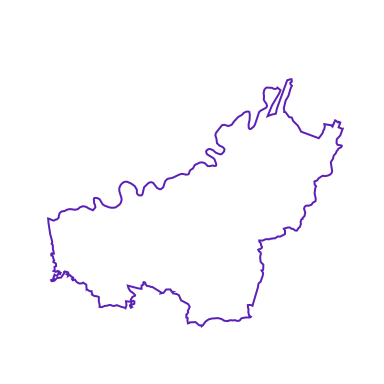 Balteni, Gorj, Romania (orthographic projection), rotated 107°
{"feature_id": "2599482B88811296912065", "entity_name": "Balteni", "entity_type": "district", "adm_level": 2, "iso_a3": "ROU", "parent_name": "Romania", "parent_adm1": "Gorj", "projection": "orthographic", "projection_center": [23.271, 44.874], "detail": "fine", "context": "isolated", "style": "outline", "palette": "violet", "viewbox_px": 384, "rotation_deg": 107, "n_neighbors": 0, "source": "geoboundaries", "source_scale": "gbopen_adm2", "svg_char_len": 6011}
<svg xmlns="http://www.w3.org/2000/svg" viewBox="0 0 384 384"><g transform="rotate(107 192 192)"><path d="M259.4,321.8L263.5,320.2L274.1,315.1L279.4,311.7L281.2,310.9L282.6,311.1L283.3,309.7L287.0,308.4L290.9,306.2L291.4,306.1L291.7,308.2L292.3,308.5L293.1,308.3L293.6,308.0L293.1,307.3L293.9,306.9L294.1,306.3L296.1,305.2L297.7,303.8L298.8,304.3L299.5,304.1L300.0,301.6L300.8,300.9L302.6,300.3L303.7,301.6L306.8,300.5L308.0,301.3L308.2,298.9L306.9,297.6L307.1,297.3L306.8,296.9L306.8,296.2L307.6,296.4L308.0,295.9L308.1,295.0L307.5,294.6L307.6,294.0L309.0,294.1L309.1,295.7L309.3,296.0L311.5,296.3L311.5,297.9L311.8,298.5L311.4,299.3L314.2,299.5L315.2,298.5L316.3,299.8L316.9,299.9L317.5,301.0L318.0,300.6L318.3,299.9L317.1,297.7L313.7,295.9L312.1,292.2L306.9,290.5L306.1,290.9L305.9,290.3L305.2,290.3L305.0,287.3L305.5,286.7L306.1,286.6L307.3,287.8L307.7,286.3L307.4,285.8L308.3,285.8L307.5,285.2L307.3,284.0L308.0,283.3L308.6,280.6L309.1,280.4L310.3,281.3L310.5,280.8L311.2,280.3L310.1,278.2L311.8,276.0L312.3,274.0L312.4,272.6L311.4,270.3L310.5,269.7L310.8,268.3L311.6,266.0L315.8,264.4L315.6,264.3L316.3,262.7L316.7,260.5L316.3,258.9L317.1,258.8L319.1,257.2L319.4,257.4L320.0,255.2L319.5,252.3L319.8,250.3L323.5,249.3L326.9,247.4L329.0,246.7L328.5,244.6L326.6,242.3L325.5,239.9L324.1,237.8L323.9,236.3L324.1,235.0L323.6,232.8L322.2,230.8L322.5,225.8L322.3,222.7L322.6,221.6L319.6,221.5L315.8,223.2L314.9,218.6L315.3,217.8L316.7,217.1L317.8,218.1L319.1,218.0L320.5,216.6L319.6,215.7L319.0,217.0L318.3,217.4L315.7,214.5L313.5,215.1L313.2,216.2L314.5,218.2L312.9,219.0L309.8,218.3L307.9,216.2L307.3,216.2L306.1,218.1L304.8,222.0L302.8,224.4L300.3,226.0L299.9,215.7L299.4,212.0L296.1,212.9L294.8,211.4L293.0,212.1L292.2,211.7L292.3,210.5L292.8,209.9L293.6,209.6L295.0,207.6L294.6,205.0L294.8,203.5L294.4,202.2L297.1,192.1L298.1,192.3L296.7,189.7L292.8,188.3L291.5,184.1L293.2,182.3L293.1,181.6L293.4,182.0L294.5,180.4L294.0,176.7L294.6,174.3L298.8,170.8L300.3,162.9L302.5,160.6L307.0,161.2L308.0,160.5L309.5,160.8L310.9,161.6L312.0,161.3L312.2,160.9L313.7,160.8L313.9,159.2L316.0,158.9L318.8,157.5L317.9,156.2L317.3,155.9L315.4,150.6L317.4,146.1L316.8,144.1L317.6,143.6L316.3,142.6L312.0,141.2L309.1,139.0L307.3,136.2L305.0,130.3L304.8,126.5L305.6,124.0L305.5,122.4L305.1,120.3L304.6,119.4L304.0,119.0L303.2,117.2L302.8,115.0L302.1,114.0L302.0,110.8L301.3,109.3L300.1,108.4L299.0,108.2L298.0,107.3L296.3,104.0L295.1,100.0L294.1,99.2L293.7,100.2L293.9,100.8L293.6,101.1L290.7,102.9L287.2,103.8L286.4,104.6L283.8,105.5L282.9,103.1L283.1,100.9L263.5,101.1L260.5,101.6L259.2,101.2L257.9,100.2L252.4,99.9L249.5,100.1L248.2,100.7L246.7,102.6L245.9,101.4L245.0,101.3L240.5,102.6L239.1,105.5L238.3,106.2L234.0,107.9L231.0,108.1L229.6,108.8L229.3,110.3L228.0,111.8L227.1,111.1L226.7,110.2L224.9,108.8L224.0,109.0L222.8,110.3L220.9,111.3L219.8,113.1L218.7,113.5L217.8,110.2L215.7,107.9L214.9,105.7L214.8,104.5L213.5,103.1L213.4,102.1L212.5,100.8L212.2,99.3L209.4,96.9L208.9,94.6L208.4,94.1L205.1,90.8L201.8,91.7L200.2,93.4L200.0,93.1L197.8,89.8L197.5,88.7L197.4,87.9L198.0,86.3L197.8,84.3L198.6,82.3L198.5,81.0L198.2,80.4L195.5,79.7L193.8,78.6L190.6,78.5L189.0,79.4L188.0,79.4L186.1,79.3L185.5,78.4L184.6,78.6L182.1,77.4L179.2,77.6L178.5,77.7L175.2,80.0L173.2,79.9L171.8,79.0L171.2,77.7L171.2,76.7L169.3,74.1L166.7,73.2L164.7,71.2L162.0,71.8L157.4,74.4L151.9,75.3L150.2,75.0L149.1,76.8L146.1,78.0L144.3,75.7L141.9,74.9L139.3,72.8L138.1,71.4L138.0,69.6L136.6,66.9L134.7,64.8L132.7,64.0L131.0,64.1L123.6,67.7L122.7,67.9L119.1,66.9L115.8,67.1L112.9,65.8L110.8,65.6L107.5,64.4L105.5,62.4L104.1,62.2L103.8,62.6L104.3,66.7L102.9,68.1L99.2,69.0L94.5,66.7L87.4,66.4L87.7,67.2L87.3,70.7L82.2,70.5L82.0,72.3L82.7,72.6L82.8,73.0L81.7,75.2L81.6,76.1L87.9,76.7L87.2,77.3L88.0,77.7L87.5,78.4L88.4,85.3L90.6,84.1L93.4,83.9L94.4,84.3L97.9,84.4L103.5,86.5L102.4,105.3L97.7,110.0L94.5,116.0L91.7,118.3L91.9,121.1L88.3,125.9L88.5,127.3L87.3,127.5L85.0,128.7L77.3,129.2L72.0,127.9L64.0,128.0L61.2,127.5L60.2,129.2L59.4,129.8L58.5,129.9L57.6,128.9L56.9,128.9L55.0,129.8L55.9,131.8L56.7,132.5L57.1,133.5L58.4,133.7L87.5,135.2L92.6,134.7L94.8,138.6L97.4,141.9L85.7,140.8L72.8,137.6L70.0,137.2L68.7,137.2L67.2,140.8L68.2,141.2L69.1,142.4L69.4,144.2L69.0,146.0L70.3,151.1L71.1,151.9L73.1,152.7L76.3,152.5L79.7,151.0L82.4,150.5L83.5,149.7L86.1,146.4L87.9,145.4L89.7,145.7L94.0,150.0L95.9,151.2L109.2,151.5L111.4,152.1L114.3,154.0L114.9,155.3L114.1,156.5L110.6,157.7L106.2,158.0L101.0,159.4L98.7,160.6L98.6,161.8L99.4,163.7L101.3,165.7L103.5,166.7L106.8,169.8L112.9,172.7L115.5,173.4L116.7,174.3L118.3,176.6L118.3,180.8L119.3,182.8L128.0,186.2L129.6,186.4L131.3,186.1L133.7,184.3L138.0,182.4L139.7,179.1L140.0,176.0L140.8,174.4L141.6,173.4L143.9,173.2L146.7,174.5L147.6,175.5L147.7,177.9L147.4,180.9L145.8,184.2L145.6,187.4L146.3,188.9L147.9,190.1L149.1,190.4L150.8,189.4L151.6,188.4L153.4,181.3L154.2,180.0L158.2,177.0L159.6,176.7L160.1,177.0L160.6,178.5L160.6,180.0L162.0,182.3L162.6,184.5L160.9,187.7L160.6,189.0L160.7,190.8L161.4,192.9L165.3,197.2L169.3,198.0L171.0,199.6L172.3,200.3L175.4,200.3L176.2,200.7L177.2,202.8L177.3,205.7L177.8,207.4L179.2,209.4L183.9,214.5L186.4,218.9L187.1,219.6L189.5,220.8L195.9,220.9L198.0,222.3L198.7,223.2L198.8,223.9L198.3,226.6L194.6,231.9L194.5,233.8L195.3,235.4L196.7,236.6L201.5,239.2L208.4,238.7L209.7,239.1L210.3,239.9L210.7,242.1L209.9,243.7L208.6,244.6L205.9,245.4L203.1,248.5L201.8,252.2L201.2,256.5L201.3,257.7L202.2,259.8L204.4,261.5L206.2,262.3L209.4,262.7L212.5,261.7L218.6,257.6L220.1,257.0L222.9,256.9L225.2,257.6L229.2,260.7L230.4,263.6L230.9,266.4L230.6,271.8L229.9,273.8L225.9,278.3L225.5,280.8L226.0,283.1L226.7,283.8L227.5,283.8L231.3,282.3L233.0,280.8L235.0,279.9L238.4,281.4L237.9,286.2L237.1,288.9L237.5,292.1L239.2,294.5L241.8,296.2L243.2,298.7L243.8,302.8L244.4,304.6L245.7,306.6L247.6,308.5L248.6,310.9L250.9,312.4L254.1,312.4L255.1,312.0L256.2,312.3L257.7,313.2L258.4,314.5L259.7,315.7L259.9,316.6L259.5,319.2L259.4,321.8Z" fill="none" stroke="#5b21b6" stroke-width="2"/></g></svg>